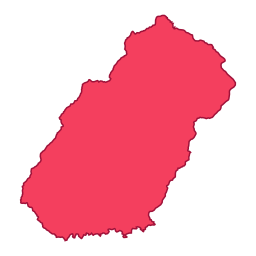 Fak Tha, Uttaradit, Thailand (orthographic projection)
{"feature_id": "78962969B71814319942483", "entity_name": "Fak Tha", "entity_type": "district", "adm_level": 2, "iso_a3": "THA", "parent_name": "Thailand", "parent_adm1": "Uttaradit", "projection": "orthographic", "projection_center": [100.869, 18.015], "detail": "fine", "context": "isolated", "style": "filled", "palette": "rose", "viewbox_px": 256, "rotation_deg": 0, "n_neighbors": 0, "source": "geoboundaries", "source_scale": "gbopen_adm2", "svg_char_len": 5772}
<svg xmlns="http://www.w3.org/2000/svg" viewBox="0 0 256 256"><path d="M152.8,25.3L152.5,26.1L151.6,26.5L151.0,27.2L149.5,27.1L148.4,28.5L146.9,28.5L144.8,30.6L143.6,30.7L142.7,31.3L141.5,31.4L140.4,31.9L139.5,32.9L137.0,32.7L135.9,33.7L135.2,34.0L134.8,33.7L133.0,31.5L132.6,31.4L132.0,31.8L131.0,33.5L130.7,34.8L130.2,35.6L128.4,37.6L127.3,37.7L127.1,38.7L125.6,40.1L125.4,41.3L124.6,43.1L125.3,46.3L125.0,47.1L125.2,48.2L124.7,49.0L126.5,51.4L126.5,52.9L126.8,53.8L126.7,54.4L125.8,55.3L124.2,55.9L123.9,56.7L122.8,57.0L120.8,58.2L120.4,59.2L117.8,61.3L116.5,63.6L114.1,66.1L113.8,67.4L113.2,68.5L113.2,69.5L110.8,72.6L110.4,73.8L109.6,75.2L109.4,77.2L110.8,78.8L109.7,80.6L105.6,82.3L104.5,81.7L103.5,82.0L102.1,81.2L100.4,81.0L98.8,82.0L97.8,80.7L97.4,80.6L94.6,81.6L93.1,81.8L91.9,81.6L89.8,79.8L89.4,79.7L88.7,80.0L88.4,81.1L87.0,82.1L84.4,83.0L82.6,84.3L82.4,84.9L82.5,85.8L81.9,87.3L82.1,88.2L81.6,89.2L81.7,91.1L81.4,92.7L80.6,93.7L80.2,95.1L78.9,97.5L77.8,98.4L77.3,100.0L76.3,100.7L74.9,100.8L74.0,102.8L73.5,103.4L72.5,104.0L70.9,104.0L70.0,106.0L66.8,107.7L64.9,110.1L64.5,111.2L63.6,111.8L63.5,112.9L61.4,114.4L61.2,115.4L59.3,117.8L59.9,119.2L61.1,119.9L61.1,122.0L61.8,123.7L63.1,125.2L63.2,125.8L63.0,126.4L61.2,127.1L61.2,128.9L60.9,129.6L58.1,132.5L57.3,132.9L57.2,133.8L56.6,134.5L55.4,138.3L54.3,139.1L51.7,142.3L50.5,143.0L48.9,144.8L47.3,145.8L44.7,150.0L43.9,150.7L42.6,151.4L42.0,152.3L40.8,153.3L40.5,154.1L40.3,156.4L41.1,160.0L40.6,161.3L39.6,162.5L38.3,163.3L37.9,164.7L37.3,165.0L36.3,166.2L35.1,166.7L33.7,167.9L32.0,168.5L31.4,169.0L31.0,171.7L31.4,173.5L30.0,176.1L29.9,177.4L27.8,178.7L26.3,181.1L23.6,183.3L23.6,185.6L22.4,186.3L22.3,186.8L23.0,188.2L22.4,190.5L22.7,193.1L22.6,194.4L22.2,195.0L22.3,195.9L21.3,197.3L21.1,198.1L21.3,199.1L20.6,199.9L21.0,201.4L20.7,202.2L21.1,203.1L23.0,203.3L23.7,203.1L25.3,203.5L26.6,202.8L27.3,203.0L28.2,206.2L29.9,207.3L31.3,207.3L32.0,207.7L32.5,208.8L32.7,210.5L33.2,211.0L34.4,211.5L36.0,214.0L36.7,214.5L37.0,215.9L38.3,216.7L38.4,217.6L37.8,218.3L37.4,219.5L38.6,220.6L39.8,221.2L40.4,222.2L42.4,223.3L42.3,224.4L42.8,225.4L42.7,226.7L43.8,227.9L45.5,228.5L46.5,229.8L48.9,231.0L49.7,232.0L52.0,233.7L53.0,234.0L54.0,233.9L54.6,234.2L55.4,234.9L55.3,235.3L55.9,235.6L56.3,236.5L56.2,237.0L56.4,237.3L58.2,237.0L60.8,237.3L62.2,237.0L63.7,238.0L64.2,239.0L64.9,239.5L65.1,240.6L66.9,240.1L67.5,238.4L68.6,237.4L70.2,234.7L71.9,233.9L72.6,233.9L73.0,235.2L73.0,235.8L72.6,236.2L72.7,236.9L73.2,237.3L73.9,237.4L74.1,237.9L74.8,237.7L75.2,236.0L75.8,235.2L75.9,234.3L76.3,234.0L77.8,234.0L78.4,234.7L78.7,236.2L81.3,238.5L82.2,237.9L82.7,236.7L83.5,235.7L83.6,234.9L85.5,235.2L85.9,235.0L86.2,234.4L86.1,233.5L86.4,233.1L88.4,233.7L88.9,235.0L90.6,234.3L91.6,233.2L93.1,235.2L93.4,235.2L93.7,234.7L95.9,233.9L97.7,233.8L98.9,234.5L99.1,235.1L100.3,236.1L100.7,235.5L100.2,234.6L100.2,234.1L101.7,233.9L102.7,233.1L103.6,233.0L104.5,233.2L105.6,234.1L107.6,233.6L108.8,232.2L109.1,231.3L108.0,229.9L108.3,229.3L109.6,229.0L111.5,229.6L112.8,229.4L114.4,228.6L115.1,229.0L115.6,231.0L116.6,231.9L117.7,231.7L119.8,230.5L121.7,231.3L122.4,232.2L122.1,233.2L122.2,234.0L123.6,234.3L124.0,234.7L123.9,235.2L123.0,236.3L123.3,237.0L123.9,237.5L126.2,237.3L126.8,237.2L126.9,236.9L125.4,235.5L125.3,235.0L126.3,234.1L129.1,233.1L131.4,233.0L131.5,230.3L132.0,229.2L132.8,228.4L133.8,228.7L136.4,228.8L136.9,228.3L136.3,227.1L137.8,226.7L139.9,227.5L140.8,228.3L140.4,229.1L140.7,229.6L141.6,230.0L142.9,231.4L143.5,231.6L143.7,231.2L143.5,229.8L144.6,229.8L145.4,229.2L145.4,227.5L147.1,226.6L147.7,225.6L149.1,225.0L150.4,225.4L152.0,224.9L154.2,225.0L155.0,224.5L154.9,224.1L153.6,223.2L153.9,222.0L151.9,221.5L151.1,219.7L150.0,219.6L150.1,219.0L149.7,218.2L149.6,217.5L149.2,217.0L148.6,215.6L148.6,214.1L148.9,212.6L149.3,212.0L150.1,211.4L152.1,211.3L153.3,210.7L154.2,210.1L155.6,208.1L157.1,207.3L160.7,204.7L162.1,202.6L162.4,200.2L165.3,196.1L165.3,193.8L166.3,192.2L167.7,188.0L166.7,186.7L166.8,185.7L168.5,184.7L169.6,181.4L170.1,180.9L171.0,180.3L172.5,180.1L173.2,178.6L175.3,176.9L175.4,173.4L175.7,171.7L176.4,170.6L177.7,169.8L178.0,168.2L179.5,168.2L181.4,167.0L182.6,166.7L183.1,166.0L184.3,165.8L185.3,164.5L185.4,162.1L185.6,161.6L188.9,159.7L188.8,156.7L189.2,155.9L189.7,153.2L190.6,152.4L189.7,151.5L188.0,150.9L187.7,150.2L188.3,148.9L188.2,147.5L188.7,145.8L189.1,141.4L190.9,139.4L192.4,139.0L194.0,137.5L196.0,133.8L195.8,132.6L194.3,130.4L194.1,128.7L193.5,127.4L193.5,126.3L194.1,124.7L194.1,123.5L193.7,122.5L193.8,122.1L196.3,120.6L197.3,118.4L199.2,118.0L199.6,117.5L200.5,117.4L201.4,117.7L202.9,117.6L205.1,118.1L206.2,118.6L208.3,117.9L209.7,118.3L211.1,117.7L212.0,117.5L213.0,116.7L214.6,114.6L216.6,112.9L217.9,111.3L220.2,109.6L220.9,108.0L221.2,105.7L222.6,104.7L226.0,101.5L228.4,99.9L228.8,99.0L229.5,94.2L229.4,91.8L229.6,90.5L231.1,88.8L233.9,87.0L235.3,85.1L235.4,82.7L233.2,79.3L227.4,74.2L225.5,71.5L223.8,70.5L221.3,67.7L221.0,65.3L221.2,63.7L221.7,63.1L224.9,61.2L225.1,60.3L224.7,59.2L223.6,58.1L220.3,55.8L217.8,52.4L216.2,51.7L215.1,49.8L213.0,48.6L212.7,47.8L213.3,47.3L211.7,44.7L210.2,44.5L208.7,44.6L207.6,44.3L206.7,43.1L205.4,42.9L204.7,42.5L203.9,41.2L200.8,40.2L200.1,40.2L198.5,41.0L195.2,40.8L193.7,39.3L192.9,37.9L192.4,35.0L190.7,34.5L188.1,32.9L186.2,32.5L184.5,30.6L183.2,30.0L178.8,29.5L176.7,28.2L175.5,28.3L175.0,28.8L174.1,28.7L174.0,28.4L174.4,27.3L173.6,27.7L173.0,27.5L172.9,27.2L172.9,25.0L172.6,24.6L173.1,23.5L172.2,23.5L171.7,22.6L171.8,22.0L170.4,22.1L170.4,21.2L169.4,20.2L168.0,19.5L167.6,18.9L167.3,17.7L166.5,17.8L166.3,16.8L164.6,15.5L162.9,15.4L161.7,15.6L160.4,16.3L157.9,16.4L157.1,16.8L156.5,17.4L155.6,20.0L155.5,23.1L155.2,24.6L154.7,25.0L152.8,25.3Z" fill="#f43f5e" stroke="#9f1239" stroke-width="1.5"/></svg>